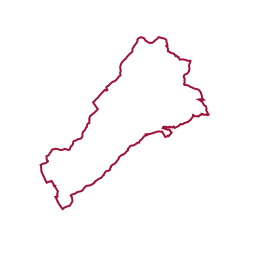 outline of Lipova, Bacau, Romania, rotated 106°
{"feature_id": "2599482B24055899369049", "entity_name": "Lipova", "entity_type": "district", "adm_level": 2, "iso_a3": "ROU", "parent_name": "Romania", "parent_adm1": "Bacau", "projection": "mercator", "projection_center": [27.232, 46.723], "detail": "fine", "context": "isolated", "style": "outline", "palette": "rose", "viewbox_px": 256, "rotation_deg": 106, "n_neighbors": 0, "source": "geoboundaries", "source_scale": "gbopen_adm2", "svg_char_len": 5746}
<svg xmlns="http://www.w3.org/2000/svg" viewBox="0 0 256 256"><g transform="rotate(106 128 128)"><path d="M46.5,144.2L47.7,144.8L48.3,144.8L49.7,145.4L51.3,145.4L53.1,144.9L53.9,145.1L57.3,147.3L59.5,148.4L62.1,149.3L64.1,150.7L65.6,151.4L67.2,152.1L68.2,152.3L70.1,152.4L71.6,152.2L72.7,151.9L74.9,150.8L77.2,150.7L78.2,150.4L79.0,149.8L79.7,149.8L80.6,150.4L81.0,151.0L82.7,151.5L83.6,152.1L84.4,152.2L86.3,153.4L87.0,154.1L87.5,155.1L88.3,155.8L89.9,157.0L92.0,157.9L93.0,158.6L93.7,159.5L94.1,159.7L94.7,160.0L95.3,159.8L97.4,158.4L98.1,159.6L97.8,160.9L101.0,162.5L101.9,162.9L102.1,163.1L102.8,163.4L103.6,163.9L106.9,165.1L109.5,166.8L111.0,167.4L112.8,168.6L113.0,168.6L117.8,162.8L118.1,162.2L118.3,162.2L121.0,163.6L123.3,165.1L124.9,166.3L126.3,167.1L126.4,167.4L127.4,167.7L129.6,167.8L129.7,167.6L130.8,167.5L130.8,167.3L131.6,167.1L134.0,166.6L134.1,166.9L134.4,167.4L135.2,168.0L135.7,168.1L138.6,167.9L139.1,168.5L141.3,168.7L142.1,169.0L143.6,169.9L144.9,170.3L145.9,170.2L148.3,169.6L149.5,169.6L150.2,169.8L151.1,170.4L151.4,170.8L152.4,172.8L153.9,174.2L155.6,176.6L156.2,176.8L158.4,176.6L159.8,176.7L160.1,176.8L160.8,177.6L161.9,177.9L164.7,178.1L165.2,178.5L165.5,179.2L165.5,182.4L165.6,183.3L165.9,183.4L167.0,184.9L167.3,185.4L167.7,186.6L167.8,188.6L167.6,189.4L168.0,192.3L168.4,192.6L169.1,193.6L169.3,194.1L169.4,194.8L169.6,194.9L170.5,195.3L171.9,195.4L173.6,196.2L175.2,196.5L176.2,196.9L176.5,197.2L177.0,198.1L177.7,198.6L178.3,198.3L179.6,197.9L180.9,197.2L181.4,196.8L181.8,195.9L182.1,195.7L184.2,197.2L184.8,198.0L185.2,199.0L185.5,199.3L186.3,200.6L187.2,201.4L187.5,201.8L188.9,201.0L191.1,200.2L192.2,199.7L193.8,199.2L194.3,198.7L194.4,198.4L194.9,198.1L197.1,196.3L197.4,196.2L197.6,195.8L198.0,195.3L199.3,194.4L199.9,193.8L200.7,193.3L203.0,191.0L201.6,189.7L201.5,189.2L200.2,187.3L200.7,187.2L200.4,186.3L202.1,184.5L202.7,184.2L203.6,183.5L203.6,182.8L203.9,183.1L204.3,183.0L204.4,182.6L204.0,182.5L204.2,182.3L208.4,177.8L209.1,178.0L210.1,177.8L211.1,177.9L212.4,177.2L212.7,177.1L213.2,176.8L213.4,176.8L213.6,177.1L213.9,178.3L214.2,178.8L214.9,178.1L215.1,178.1L215.2,177.7L215.9,177.2L217.3,175.9L217.7,175.5L218.0,175.6L218.2,175.4L219.2,174.2L220.8,172.6L221.9,171.0L222.5,170.5L224.0,168.4L222.8,167.7L222.0,167.1L220.1,164.8L219.1,163.1L218.6,162.5L214.2,161.3L213.8,161.2L212.0,161.9L210.0,162.9L209.5,163.3L208.9,164.4L208.1,164.3L206.1,161.6L205.7,160.8L203.7,159.2L203.3,158.6L202.0,156.2L200.8,154.7L197.6,153.5L195.3,152.2L194.7,151.4L194.5,150.6L194.2,150.1L193.9,149.1L193.7,148.8L193.0,148.0L192.6,147.7L192.3,147.1L191.0,146.2L190.8,145.8L190.3,145.6L190.2,145.4L189.8,145.1L189.4,145.3L188.0,144.7L187.5,144.0L185.1,142.2L184.0,141.0L183.9,140.7L183.0,139.8L180.3,138.8L179.8,138.3L178.3,138.2L176.0,137.4L175.1,136.5L174.5,135.0L173.1,133.7L171.6,134.1L170.5,133.6L169.4,133.9L167.1,132.3L166.7,131.5L165.6,130.7L164.5,130.1L163.6,129.7L163.0,129.7L160.6,128.6L159.7,128.4L158.9,128.7L157.7,127.9L156.9,127.5L156.6,127.4L155.1,126.0L155.0,125.7L155.0,125.2L154.7,124.9L153.8,124.5L153.0,123.7L151.0,123.1L149.7,121.9L149.2,121.9L148.1,122.4L147.8,122.3L147.2,121.8L144.8,120.9L144.2,120.3L143.7,119.4L143.5,118.4L143.0,117.9L142.7,117.2L141.9,116.7L140.3,115.2L139.8,115.2L139.3,114.2L138.9,113.2L138.0,113.3L136.9,113.1L135.6,112.0L132.3,110.5L131.2,110.1L130.7,109.5L129.8,107.9L129.1,109.0L128.6,107.7L128.1,106.4L127.7,105.3L123.2,98.4L122.7,97.1L122.6,95.5L122.0,94.3L126.4,89.7L125.9,89.2L125.8,88.7L125.6,88.6L124.9,87.7L124.5,87.6L124.6,87.1L124.3,87.0L124.4,86.6L123.9,86.3L123.0,85.9L120.7,84.8L120.1,84.9L120.1,85.6L118.8,87.0L118.5,87.0L118.3,87.6L118.2,88.1L118.8,89.6L118.7,90.2L118.3,90.8L118.6,91.4L118.6,92.1L118.5,93.8L118.1,93.9L118.1,94.1L118.3,94.5L117.1,94.3L116.4,92.1L116.6,91.5L116.2,89.0L115.8,89.0L115.3,88.3L115.4,87.9L115.5,87.5L115.5,87.2L115.3,87.2L115.3,86.6L115.1,86.0L115.2,85.3L115.0,84.7L114.8,84.6L114.6,84.9L114.3,84.8L114.0,84.6L115.0,82.9L114.6,82.6L112.1,79.9L111.7,79.8L110.7,79.1L109.8,78.7L109.7,78.6L109.8,78.2L109.6,77.2L109.2,76.4L107.8,75.4L106.9,73.7L105.9,72.8L105.8,72.3L105.5,71.7L104.6,71.4L103.6,70.8L103.0,70.1L102.4,69.8L101.3,69.6L99.8,68.9L99.1,68.9L98.5,68.6L97.5,69.0L97.5,68.8L98.0,68.4L98.0,67.9L98.2,67.0L98.0,66.3L97.9,65.2L97.4,64.3L97.5,63.3L96.1,62.7L95.3,61.5L94.1,61.3L93.9,60.6L93.9,60.0L94.5,59.2L94.5,58.9L93.4,56.4L93.8,55.5L93.0,54.2L92.0,55.4L90.9,56.0L90.4,56.8L89.1,57.8L87.6,57.9L85.8,58.9L85.3,60.0L85.2,61.1L83.1,63.1L82.2,63.9L82.2,64.9L81.5,66.4L81.2,68.0L80.5,66.5L80.3,65.8L80.2,65.0L80.2,63.6L80.0,63.1L79.7,63.7L78.4,65.1L76.2,66.2L75.2,67.0L74.0,67.6L72.7,69.1L71.8,70.7L71.6,71.5L71.8,74.1L71.7,76.4L71.3,77.9L71.3,79.3L70.5,81.6L70.5,82.1L70.8,84.5L71.0,85.3L71.0,85.5L70.7,86.1L70.3,86.2L69.9,86.0L69.5,86.2L68.7,86.0L67.8,86.5L65.6,87.0L65.1,87.0L64.8,87.2L64.2,88.1L63.8,88.4L62.1,88.6L61.6,88.5L60.9,88.0L59.9,86.6L58.8,85.8L58.3,85.5L56.7,85.1L54.5,85.2L53.4,85.4L51.9,86.4L49.7,86.6L47.4,86.3L46.2,86.5L47.0,89.5L46.6,90.8L46.8,92.3L46.8,93.7L47.6,96.2L48.0,97.0L46.8,98.3L46.3,99.0L46.0,99.0L46.1,99.8L45.3,100.9L45.2,101.3L45.9,101.8L45.9,102.0L45.0,102.7L44.6,103.6L44.1,103.9L43.9,104.3L44.0,105.6L43.9,107.2L43.6,108.9L43.1,109.7L43.3,110.6L41.0,111.3L40.2,112.0L39.7,112.3L39.1,112.8L39.0,113.3L38.6,113.9L37.5,113.3L37.5,113.0L36.2,113.6L35.3,114.4L32.7,115.5L32.0,117.6L32.3,121.6L32.1,121.9L32.2,122.3L32.1,123.0L32.2,123.6L34.3,124.6L35.4,125.5L37.9,127.0L39.1,127.8L39.7,129.0L39.8,129.7L40.4,130.5L39.8,133.0L39.4,134.0L39.3,135.1L37.5,136.9L37.3,137.6L37.4,138.2L37.2,138.6L37.2,139.1L37.1,139.5L37.1,140.5L37.8,141.3L38.2,141.9L39.3,142.8L40.2,143.2L40.7,143.3L41.7,142.9L42.3,142.9L43.5,143.2L46.5,144.2Z" fill="none" stroke="#9f1239" stroke-width="2"/></g></svg>